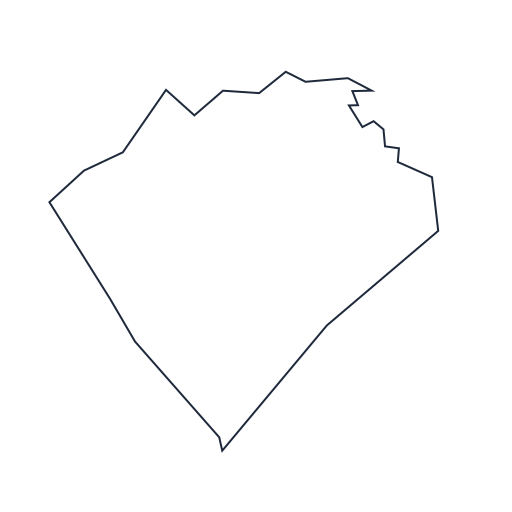 outline of Lyon, Kentucky, United States of America, rotated 77°
{"feature_id": "52423323B26234061394677", "entity_name": "Lyon", "entity_type": "district", "adm_level": 2, "iso_a3": "USA", "parent_name": "United States of America", "parent_adm1": "Kentucky", "projection": "robinson", "projection_center": [-88.137, 37.023], "detail": "fine", "context": "isolated", "style": "outline", "palette": "slate", "viewbox_px": 512, "rotation_deg": 77, "n_neighbors": 0, "source": "geoboundaries", "source_scale": "gbopen_adm2", "svg_char_len": 492}
<svg xmlns="http://www.w3.org/2000/svg" viewBox="0 0 512 512"><g transform="rotate(77 256 256)"><path d="M120.9,106.1L103.4,126.5L97.4,168.5L83.2,185.6L98.0,216.3L87.5,251.0L105.1,284.4L73.9,306.3L125.0,362.4L134.1,404.4L157.1,445.2L265.0,407.8L312.2,393.1L424.4,332.6L438.1,332.7L339.6,202.6L272.5,72.8L218.8,66.8L196.3,96.7L183.2,92.5L178.2,105.6L161.3,103.3L151.1,111.1L154.3,123.3L130.2,131.6L132.0,122.7L117.0,125.0L120.9,106.1Z" fill="none" stroke="#1e293b" stroke-width="2"/></g></svg>